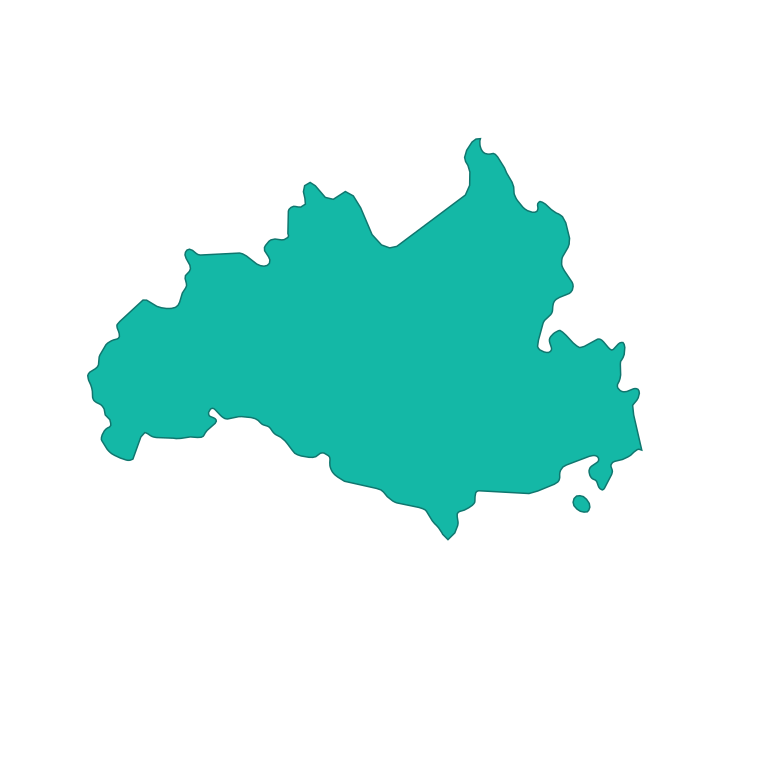 an SVG outline of Perugia, rotated 136°
{"feature_id": "ITA-5432", "entity_name": "Perugia", "entity_type": "Province", "adm_level": 1, "iso_a3": "ITA", "parent_name": "Italy", "parent_adm1": "", "projection": "robinson", "projection_center": [12.525, 43.115], "detail": "fine", "context": "isolated", "style": "filled", "palette": "teal", "viewbox_px": 768, "rotation_deg": 136, "n_neighbors": 0, "source": "natural_earth", "source_scale": "10m", "svg_char_len": 5836}
<svg xmlns="http://www.w3.org/2000/svg" viewBox="0 0 768 768"><g transform="rotate(136 384 384)"><path d="M303.3,581.8L297.1,580.3L295.7,574.2L296.6,559.0L292.2,552.1L278.1,549.3L275.4,540.6L278.4,526.9L288.8,499.8L289.2,485.8L285.4,478.0L279.2,474.1L194.2,463.4L184.4,467.4L175.0,476.8L171.8,482.9L170.8,487.3L168.6,491.0L162.2,494.7L152.6,496.9L147.7,496.3L144.2,493.5L146.2,492.3L148.5,489.8L149.4,488.6L150.2,487.1L150.9,485.6L151.4,483.8L151.6,481.8L151.2,479.7L149.6,477.2L148.1,475.8L145.2,473.9L144.4,471.8L144.5,468.5L147.2,455.8L149.2,450.6L151.7,440.2L153.8,435.7L157.9,430.9L158.6,429.7L159.8,426.5L160.3,424.8L160.6,422.8L161.3,414.7L161.1,412.1L160.4,409.1L158.0,404.5L156.1,402.7L154.0,402.0L152.4,402.6L151.1,403.5L149.3,406.0L148.1,406.9L146.5,407.2L145.0,406.9L143.8,404.7L142.9,401.2L142.5,393.3L141.8,389.7L141.2,387.0L140.5,385.6L140.0,384.0L139.7,382.4L139.4,380.4L141.3,373.6L149.3,359.9L152.3,357.3L153.5,356.1L156.8,354.4L167.0,351.5L168.3,350.9L170.0,349.7L173.0,346.8L174.0,345.2L174.8,343.1L175.6,340.1L178.0,326.5L178.8,324.6L180.2,322.8L183.2,320.8L185.6,320.3L187.7,320.4L197.6,324.4L201.3,325.3L203.2,325.3L204.8,324.9L206.4,324.2L209.0,322.3L211.4,320.1L212.6,319.2L214.1,318.5L215.9,318.1L224.2,318.2L225.9,317.8L227.4,317.2L242.5,308.2L247.4,304.4L248.1,302.6L248.2,300.3L246.6,295.9L245.2,293.8L243.6,292.3L242.0,291.9L240.4,292.0L239.1,292.8L238.2,294.1L236.1,298.5L235.2,299.9L234.2,301.0L232.9,301.8L231.1,302.3L227.1,302.5L225.1,302.2L221.6,301.2L220.2,300.3L219.5,297.3L219.2,292.6L219.4,282.1L218.9,277.5L218.1,274.5L216.8,273.5L213.8,271.9L199.2,267.9L198.1,267.0L197.3,265.7L196.9,264.1L196.8,261.8L197.3,254.5L197.2,251.9L196.6,250.2L195.0,249.6L187.6,250.0L185.7,249.7L184.3,248.9L183.3,247.8L183.7,245.7L185.4,243.0L190.7,238.4L193.6,237.0L196.4,236.2L198.1,235.9L200.2,234.1L207.5,226.1L210.5,223.9L213.0,222.6L216.3,221.5L217.7,220.3L218.6,218.6L218.7,215.2L218.0,213.3L217.0,211.8L214.5,209.9L208.0,207.3L206.6,206.4L205.6,205.2L205.0,203.7L205.4,201.9L206.8,199.9L210.7,197.5L213.5,196.7L218.2,196.2L220.0,195.9L225.9,188.3L244.5,157.4L246.0,160.1L247.5,160.9L251.4,161.4L256.0,161.4L259.2,162.1L264.8,164.0L271.8,168.1L274.1,168.8L276.8,168.2L278.1,166.9L279.5,163.8L280.4,162.5L281.7,161.6L283.1,160.8L297.7,155.9L299.2,155.7L300.6,156.2L301.3,158.4L301.2,160.3L300.6,162.0L299.2,165.0L298.7,166.4L298.7,168.0L299.8,170.7L300.0,172.2L299.8,173.8L299.3,175.4L298.5,176.8L297.7,178.1L296.6,179.3L295.2,180.1L293.7,180.7L291.7,180.7L286.0,179.7L284.2,179.5L282.7,180.0L281.6,181.0L281.0,182.4L281.0,184.0L281.6,185.4L282.5,186.6L283.7,187.6L286.4,189.3L309.0,199.0L312.9,200.0L316.8,199.3L318.8,198.3L320.4,197.0L322.5,194.7L323.8,193.8L325.2,193.1L327.1,192.8L331.1,193.6L347.7,200.2L355.8,204.5L390.1,241.5L391.7,242.2L393.5,242.1L396.8,239.7L400.0,236.6L401.1,235.8L402.5,235.5L404.7,235.4L409.0,236.1L413.8,237.5L418.2,239.8L419.8,240.1L421.6,239.7L423.5,237.7L426.7,233.2L427.8,232.1L429.5,230.9L436.5,227.7L446.1,227.6L446.2,235.1L445.7,236.8L444.6,242.7L444.5,246.4L444.6,248.3L444.3,252.1L441.9,262.8L441.8,264.8L442.8,267.5L444.6,270.9L457.3,289.5L458.2,291.4L459.0,293.9L459.9,300.7L459.4,306.6L459.8,310.0L462.0,314.2L480.0,341.5L480.3,342.7L481.9,349.2L482.4,352.6L482.4,354.5L482.2,356.5L481.8,358.1L481.2,359.8L480.5,361.3L479.7,362.7L477.6,365.1L475.3,367.2L474.4,368.3L473.8,369.6L473.8,371.2L475.1,375.9L476.2,377.3L477.9,378.4L483.5,379.1L486.2,380.7L488.9,383.4L493.6,389.8L495.4,393.3L496.3,396.2L496.0,400.2L495.0,408.0L494.7,411.9L495.2,417.3L497.0,422.7L497.2,423.7L497.3,425.3L497.2,427.0L496.6,430.6L496.5,432.4L496.8,433.9L497.5,435.4L499.0,438.1L499.6,439.6L499.8,441.4L499.8,445.3L500.7,448.5L502.9,452.2L509.0,459.4L511.3,461.5L520.8,467.5L521.8,468.7L522.6,470.0L523.0,471.6L523.3,473.3L523.4,475.1L523.3,482.8L523.5,484.5L524.5,485.9L526.2,486.5L529.8,485.5L531.2,484.0L531.8,482.3L531.3,480.8L530.0,477.9L529.6,476.4L529.7,474.9L530.5,473.7L532.8,473.0L543.4,473.5L546.6,473.0L548.8,472.3L550.4,472.0L552.5,472.7L555.3,475.1L560.1,480.5L567.9,486.0L571.4,489.1L573.2,491.4L584.9,503.6L586.6,506.0L587.3,507.4L587.8,508.9L588.5,512.3L589.0,513.8L589.8,515.2L595.7,514.8L616.8,504.4L619.3,505.4L620.3,506.1L621.4,507.2L622.3,508.5L625.1,513.9L627.4,519.9L628.3,523.1L628.5,524.8L628.6,526.9L628.5,529.3L626.4,539.0L625.9,540.4L624.4,541.8L622.0,543.2L617.6,544.6L615.0,544.7L612.9,544.3L611.3,543.7L609.3,544.0L607.8,545.7L606.0,548.8L606.0,555.4L602.7,560.4L602.3,562.0L602.0,564.1L602.1,565.9L602.6,567.5L603.7,570.5L604.0,572.1L604.1,573.7L603.6,575.4L602.9,576.8L598.8,581.4L597.1,584.0L595.6,587.0L593.9,591.8L593.1,593.2L592.2,594.5L591.3,595.8L589.6,596.6L587.4,596.9L581.0,595.5L578.4,595.4L576.1,596.1L570.1,601.3L568.2,602.2L556.7,605.4L554.3,605.4L550.3,604.5L548.0,603.6L544.8,601.8L543.2,601.4L541.4,601.9L539.6,604.0L538.5,606.0L537.1,609.4L536.4,610.5L535.5,611.6L534.7,612.1L530.6,612.5L499.1,611.8L496.5,609.2L493.4,597.5L491.1,593.4L488.0,589.4L484.5,586.1L480.8,584.0L477.5,583.7L474.2,584.8L465.9,589.5L459.9,590.9L457.8,591.8L456.3,593.6L453.8,598.0L451.5,599.9L445.8,600.2L443.2,601.3L441.1,604.3L439.1,611.8L437.5,615.1L435.3,616.7L432.7,617.2L430.3,616.1L428.9,613.1L428.4,608.5L427.9,606.4L426.6,604.4L396.9,578.5L395.3,575.8L394.0,571.6L392.2,558.7L390.7,555.0L388.5,552.1L385.6,550.4L382.6,550.4L379.9,552.5L378.7,555.6L377.3,562.8L375.2,565.2L372.9,566.0L367.6,566.6L365.2,566.2L361.7,564.0L357.5,558.7L355.5,557.2L351.3,556.2L349.7,556.9L348.6,559.0L332.7,574.8L331.0,575.6L328.2,575.6L325.6,574.6L324.2,573.0L322.9,571.1L321.0,569.1L315.6,568.0L312.0,572.4L308.4,578.3L303.3,581.8ZM326.5,150.8L329.1,152.9L331.2,156.1L332.1,160.0L331.9,164.5L330.1,167.6L326.8,169.6L323.3,169.6L320.7,167.6L318.8,164.5L318.4,160.4L319.3,155.5L321.5,152.4L324.3,151.0L326.5,150.8Z" fill="#14b8a6" stroke="#0f766e" stroke-width="1.5"/></g></svg>